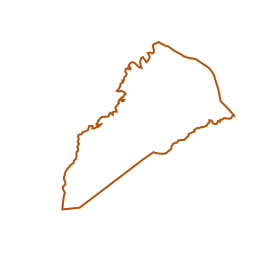 Governador Edison Lobão, Maranhão, Brazil (orthographic projection), rotated 144°
{"feature_id": "56859067B27308579936525", "entity_name": "Governador Edison Lobão", "entity_type": "district", "adm_level": 2, "iso_a3": "BRA", "parent_name": "Brazil", "parent_adm1": "Maranhão", "projection": "orthographic", "projection_center": [-47.329, -5.727], "detail": "fine", "context": "isolated", "style": "outline", "palette": "amber", "viewbox_px": 256, "rotation_deg": 144, "n_neighbors": 0, "source": "geoboundaries", "source_scale": "gbopen_adm2", "svg_char_len": 2438}
<svg xmlns="http://www.w3.org/2000/svg" viewBox="0 0 256 256"><g transform="rotate(144 128 128)"><path d="M52.8,179.7L55.4,179.8L57.3,180.6L59.5,180.3L60.9,176.7L62.3,174.3L64.0,173.7L66.1,176.3L68.1,177.0L68.1,174.2L69.1,172.3L71.0,171.4L72.3,170.8L74.5,170.4L74.3,172.3L74.4,175.0L74.2,176.4L76.2,177.0L79.6,174.0L81.2,170.6L81.7,168.8L83.5,171.0L83.9,174.4L84.7,177.3L85.6,178.5L87.1,179.2L89.3,178.8L91.7,177.3L90.4,175.6L91.7,174.1L94.5,177.1L96.0,176.3L97.0,175.3L97.1,172.8L98.6,171.7L101.0,171.2L103.4,169.1L104.7,169.8L104.8,168.1L106.6,168.0L108.3,168.1L109.4,166.5L112.0,165.4L113.5,164.7L115.2,164.6L114.4,163.2L112.1,162.3L110.8,160.6L109.7,158.8L109.9,157.0L112.0,156.9L113.7,155.8L115.5,156.5L117.2,155.5L118.8,155.7L120.3,155.0L120.7,153.5L126.1,152.1L126.9,150.0L127.5,147.8L129.5,149.3L131.0,149.7L132.6,147.7L133.4,150.9L135.2,150.2L136.5,149.0L138.9,149.7L140.8,151.2L143.0,152.4L147.7,151.4L149.8,150.0L151.3,149.8L151.4,148.3L147.9,146.8L150.4,146.3L152.9,147.1L155.9,147.6L157.1,148.6L155.4,150.3L156.9,151.4L158.3,152.4L159.9,151.2L161.4,149.9L165.1,150.4L166.7,151.3L169.3,150.3L171.5,151.4L173.3,150.7L174.4,147.9L176.9,146.2L176.9,144.0L179.8,142.9L180.8,140.3L182.1,138.9L183.9,138.8L184.9,137.3L186.0,135.7L187.6,133.9L191.0,133.3L192.6,131.7L196.1,131.8L198.9,131.0L200.6,130.7L204.5,129.3L206.7,127.3L208.9,125.6L210.0,124.0L210.6,121.1L211.8,119.3L215.5,118.6L216.7,116.0L217.1,112.8L218.2,111.8L220.2,110.4L222.7,107.6L224.7,105.7L226.0,104.1L229.0,100.7L213.8,91.9L212.4,92.0L160.7,93.1L151.5,93.3L136.7,93.7L135.0,93.7L121.7,93.5L119.7,90.8L116.2,87.6L115.0,86.7L113.0,85.6L110.7,85.2L109.3,85.6L105.6,85.6L103.7,87.4L101.1,88.6L98.8,88.4L96.7,87.3L94.8,88.4L92.7,87.4L90.2,85.7L88.6,85.2L86.9,85.8L84.1,86.0L82.4,87.4L80.2,86.9L78.4,86.7L76.3,85.9L75.8,87.5L74.3,87.3L72.7,87.5L70.6,86.2L68.8,85.8L65.4,84.2L62.7,83.6L60.8,84.7L59.0,84.6L57.5,86.5L56.1,84.8L56.4,82.9L56.1,81.0L54.3,79.2L51.0,80.7L50.3,78.9L48.4,80.4L46.8,79.3L44.6,79.5L41.8,77.0L40.2,75.7L38.6,75.4L36.8,76.3L34.9,75.5L35.4,82.4L36.3,89.3L37.1,93.9L37.2,95.8L34.4,101.2L33.2,104.0L32.0,106.8L28.1,118.4L27.5,119.9L27.0,123.6L27.1,127.0L27.5,129.9L32.3,142.8L32.8,144.1L34.8,146.1L37.3,148.6L38.5,149.9L40.8,153.6L41.8,156.6L42.8,158.4L43.7,160.2L45.6,164.5L46.7,168.1L47.7,170.6L50.2,173.9L52.8,179.7ZM117.2,155.5L115.6,154.1L114.5,153.0L116.0,152.5L117.3,153.4L117.2,155.5Z" fill="none" stroke="#b45309" stroke-width="2"/></g></svg>